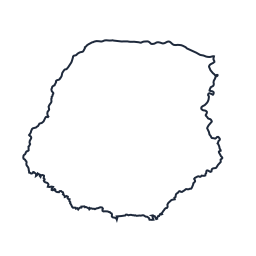 Rio Sono, Tocantins, Brazil (Robinson projection), rotated 100°
{"feature_id": "56859067B84036552664614", "entity_name": "Rio Sono", "entity_type": "district", "adm_level": 2, "iso_a3": "BRA", "parent_name": "Brazil", "parent_adm1": "Tocantins", "projection": "robinson", "projection_center": [-47.503, -9.644], "detail": "fine", "context": "isolated", "style": "outline", "palette": "slate", "viewbox_px": 256, "rotation_deg": 100, "n_neighbors": 0, "source": "geoboundaries", "source_scale": "gbopen_adm2", "svg_char_len": 5785}
<svg xmlns="http://www.w3.org/2000/svg" viewBox="0 0 256 256"><g transform="rotate(100 128 128)"><path d="M56.0,184.5L57.1,184.3L58.2,184.8L59.1,185.0L60.3,185.5L60.8,186.0L61.8,188.4L62.6,189.5L63.6,190.6L64.7,191.3L65.3,191.8L66.3,194.0L67.1,194.5L68.3,194.5L71.8,194.9L73.3,195.2L78.4,197.4L80.2,198.4L80.8,198.9L81.3,200.3L82.2,201.0L84.9,202.2L85.6,202.3L88.4,202.4L90.4,203.1L91.0,203.7L91.7,203.7L92.4,204.4L93.2,206.1L93.7,206.7L94.4,207.1L95.3,206.8L97.1,207.3L97.9,207.7L98.7,207.7L99.5,208.9L100.4,209.7L102.1,209.9L102.7,210.1L103.5,210.1L105.0,209.4L106.4,207.7L107.2,207.5L108.1,208.0L109.5,207.9L110.6,208.6L111.7,208.3L112.6,208.6L115.2,208.0L116.2,208.1L118.9,209.4L120.8,209.9L123.3,208.9L124.1,209.0L126.0,210.0L127.7,210.0L129.6,209.3L130.6,208.4L131.2,208.8L131.1,209.5L131.3,210.6L132.0,211.1L136.2,212.3L138.0,213.8L139.1,216.0L141.6,216.9L142.5,217.9L143.5,218.7L144.8,221.6L145.6,222.3L147.9,222.9L149.0,222.9L150.6,223.4L152.1,224.2L152.7,223.5L153.2,222.3L154.0,221.7L155.1,221.6L157.6,222.5L159.2,222.5L160.0,222.2L160.8,221.6L162.8,222.2L163.6,222.8L164.7,222.5L167.3,222.0L168.3,222.9L168.6,223.8L169.8,224.4L170.9,224.5L171.8,224.9L172.4,225.6L173.4,226.1L175.3,226.0L176.4,225.5L177.1,223.8L178.0,223.2L178.5,222.3L179.5,221.9L181.0,221.9L182.3,221.4L184.2,219.4L185.8,218.6L186.6,218.5L187.8,217.9L189.1,217.6L189.2,216.4L189.6,215.8L189.6,215.1L189.0,214.0L187.8,213.7L187.8,213.0L188.3,212.2L189.0,210.8L189.9,210.3L191.2,210.3L190.5,209.6L189.4,208.9L188.5,208.9L188.9,208.0L189.3,206.5L190.5,206.6L191.3,205.7L190.6,205.6L189.6,205.2L189.2,204.3L189.2,203.6L189.5,202.5L190.4,202.3L192.2,202.3L192.8,201.3L193.4,201.1L194.3,201.8L195.2,201.3L195.8,200.1L196.1,197.9L196.9,196.9L197.5,196.5L199.8,196.8L199.7,194.9L199.0,193.3L199.0,191.6L200.3,192.0L201.1,192.6L202.3,192.4L202.4,191.3L201.9,190.6L200.8,189.7L201.2,189.0L202.1,189.3L203.1,187.8L203.4,186.7L203.2,184.8L202.1,184.4L201.7,183.0L202.5,181.7L202.6,180.9L204.0,180.2L204.6,180.5L205.9,178.5L206.9,178.3L206.4,177.4L205.7,176.7L206.1,175.3L207.6,175.3L208.4,174.3L208.3,173.2L210.1,173.1L211.1,171.9L212.2,171.9L213.1,170.9L215.4,169.3L216.1,168.2L215.8,167.5L215.6,165.8L216.5,165.3L215.8,164.0L216.9,162.9L215.2,162.0L214.8,161.5L214.5,160.2L213.5,160.3L212.8,157.3L213.5,156.6L213.1,155.9L213.2,155.2L214.1,152.5L214.8,152.0L214.2,151.6L213.5,151.7L213.8,150.9L213.5,150.2L213.7,148.8L213.4,147.3L213.7,146.5L212.6,145.0L212.2,143.7L210.9,141.6L210.8,140.2L210.9,139.5L211.9,138.7L213.0,139.0L214.0,138.7L214.4,137.8L213.9,135.5L213.7,133.4L214.0,132.5L214.0,131.2L214.7,130.5L215.0,129.3L215.8,128.8L217.8,128.6L218.4,128.0L218.7,127.2L218.6,125.8L218.8,124.7L219.5,123.5L220.2,123.1L218.0,122.9L217.6,123.5L217.0,123.8L215.9,119.4L214.6,115.5L213.7,115.0L213.5,114.1L213.6,113.4L213.9,112.4L213.3,111.1L213.0,110.0L213.1,108.0L212.9,107.3L213.1,106.5L212.7,105.8L213.0,104.5L212.6,102.8L212.2,101.6L212.1,100.2L211.4,98.4L211.3,97.4L212.2,95.3L212.1,93.6L213.0,91.8L214.6,90.9L214.4,89.8L214.3,88.5L213.9,87.0L211.9,88.1L210.3,88.6L210.1,89.3L209.7,88.3L210.2,87.5L210.2,86.4L212.8,84.4L212.3,83.5L211.6,83.8L209.5,83.0L209.3,82.1L207.4,81.5L207.4,80.2L207.0,79.6L206.4,80.4L205.5,79.6L203.7,78.9L202.6,78.2L202.0,78.1L200.5,77.1L200.0,75.8L198.8,75.3L196.6,75.9L194.8,75.3L191.5,72.8L191.0,72.0L190.1,69.6L188.6,70.2L187.7,69.2L185.7,69.3L184.7,69.1L184.0,68.6L183.1,67.6L182.1,67.1L181.5,66.7L181.2,66.0L181.6,65.1L181.6,63.8L179.7,61.7L178.2,60.4L178.0,59.7L178.0,58.3L177.7,57.4L177.2,56.8L176.8,55.3L175.8,54.8L172.3,54.0L171.1,54.1L170.1,53.3L168.9,52.7L168.1,52.9L167.3,53.4L166.7,54.0L165.6,53.5L163.7,51.1L163.3,50.0L163.6,48.6L163.3,48.0L162.1,47.2L162.1,46.2L161.8,44.5L161.3,43.6L159.8,43.7L159.0,43.2L157.0,43.3L156.3,43.1L156.0,42.6L156.0,41.9L156.9,39.3L156.3,38.3L154.5,38.3L153.8,38.1L153.2,37.5L152.8,36.7L152.3,35.0L151.8,34.2L148.6,32.9L146.0,31.2L145.3,30.8L143.0,31.3L141.7,30.1L141.1,29.9L140.3,30.5L139.5,31.7L138.3,32.5L136.8,33.8L136.2,34.2L135.4,34.4L134.8,33.7L134.3,32.8L133.5,33.1L132.3,34.2L130.4,34.9L128.2,36.3L127.7,37.1L126.3,36.7L125.3,36.7L123.9,35.7L123.0,35.6L122.5,35.9L121.5,37.0L121.1,37.6L121.3,38.6L122.7,39.6L123.3,40.3L123.2,42.0L123.3,43.6L122.9,44.2L121.5,45.2L120.3,46.6L117.9,47.6L114.5,50.0L113.7,49.9L111.4,49.1L107.2,46.6L106.6,46.8L105.4,47.8L105.0,48.6L104.8,50.3L104.6,50.9L103.8,51.6L102.2,53.6L101.6,53.7L100.1,53.1L99.1,53.0L98.3,53.2L97.7,54.1L97.4,55.3L97.5,57.0L97.3,57.8L96.4,59.1L95.7,59.3L94.9,59.3L94.0,58.7L93.4,58.1L92.3,56.6L91.6,56.0L89.5,54.6L88.1,54.0L86.0,53.6L83.6,53.7L82.7,53.9L81.8,54.8L80.9,54.9L80.1,54.6L79.6,53.8L80.0,51.8L80.5,50.2L79.8,49.8L79.1,49.7L78.4,49.7L77.8,50.0L77.4,50.7L77.2,51.4L77.2,53.5L77.0,54.2L76.1,54.2L73.5,53.6L71.9,51.6L71.4,51.3L70.5,51.1L69.5,51.2L68.3,51.7L66.5,51.7L64.1,50.8L62.8,50.8L62.2,50.4L61.4,49.3L60.8,48.9L60.2,49.1L60.3,49.8L60.8,50.6L60.9,51.4L59.8,52.8L59.4,53.7L56.9,56.7L53.7,58.8L53.1,58.9L51.6,58.4L50.6,57.4L49.2,55.5L47.9,54.4L47.0,54.7L45.7,55.7L44.6,55.9L42.5,55.8L42.5,56.6L43.7,59.3L43.9,60.0L44.1,61.6L44.1,63.4L43.5,66.3L43.5,69.0L43.4,69.9L42.0,73.8L40.7,78.8L39.4,83.8L38.4,85.3L37.5,88.3L37.2,90.0L37.3,91.7L37.5,93.5L38.0,95.2L38.2,97.1L38.0,97.9L37.7,98.7L36.3,100.9L35.8,102.0L35.8,103.3L36.3,104.4L38.0,106.6L38.6,108.0L38.7,108.8L38.3,111.5L38.3,113.1L38.6,114.3L39.1,115.1L40.3,116.6L40.6,117.3L40.9,118.2L41.1,119.3L41.0,120.0L39.8,121.8L39.4,122.8L39.3,123.8L40.1,127.3L40.8,128.8L41.5,129.6L41.8,130.5L41.7,132.4L42.0,136.9L42.7,140.7L42.8,141.8L42.8,143.4L43.4,147.1L43.9,149.2L44.4,157.3L44.3,158.4L44.6,159.1L45.1,161.5L45.4,164.8L45.9,166.4L47.0,168.1L47.5,169.4L47.6,171.8L47.9,174.2L48.8,176.3L49.5,177.2L49.8,178.1L52.3,181.3L53.4,182.5L54.1,183.0L54.9,183.4L56.0,184.5Z" fill="none" stroke="#1e293b" stroke-width="2"/></g></svg>